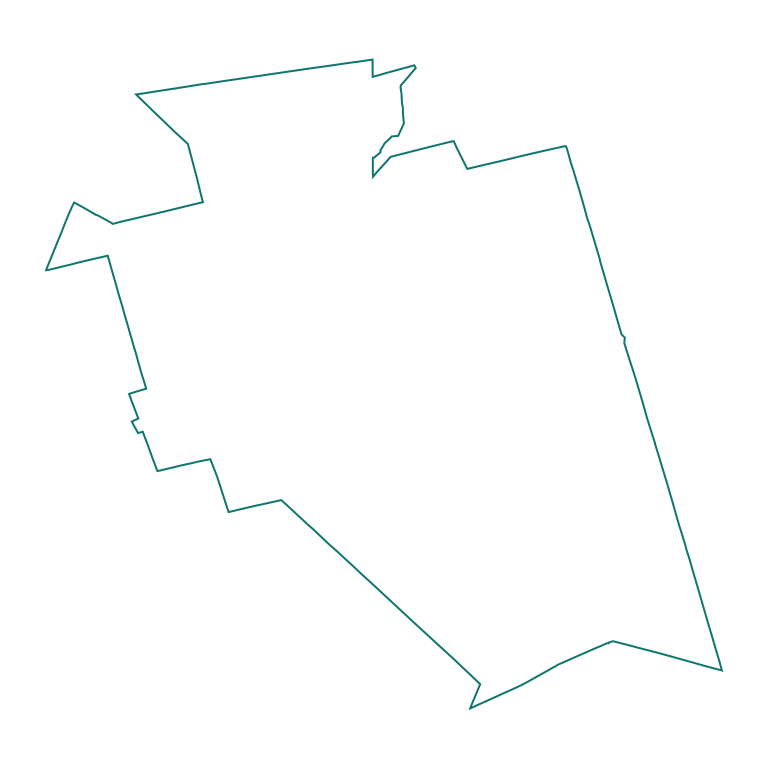 the district of Comlosu Mare, Timis, Romania
{"feature_id": "2599482B85434037080352", "entity_name": "Comlosu Mare", "entity_type": "district", "adm_level": 2, "iso_a3": "ROU", "parent_name": "Romania", "parent_adm1": "Timis", "projection": "equal_earth", "projection_center": [20.641, 45.886], "detail": "fine", "context": "isolated", "style": "outline", "palette": "teal", "viewbox_px": 768, "rotation_deg": 0, "n_neighbors": 0, "source": "geoboundaries", "source_scale": "gbopen_adm2", "svg_char_len": 3822}
<svg xmlns="http://www.w3.org/2000/svg" viewBox="0 0 768 768"><path d="M721.9,670.5L719.4,661.4L716.7,652.2L714.0,643.2L711.3,634.0L708.5,624.6L705.8,615.3L703.1,606.1L700.4,596.7L697.7,587.4L695.0,578.3L692.3,569.0L689.9,560.5L688.5,556.0L687.0,551.4L686.1,548.3L684.7,543.0L682.0,534.3L680.7,530.2L679.3,525.9L676.7,516.9L674.2,508.0L671.8,499.6L671.5,498.7L669.1,490.4L668.6,488.6L666.6,481.6L665.8,479.3L663.8,472.5L662.4,468.1L661.2,464.1L658.8,456.0L658.0,453.4L656.1,447.3L655.8,446.1L655.6,445.7L654.8,443.4L655.0,443.2L651.5,432.2L647.3,419.0L643.1,403.9L639.2,390.7L635.0,376.7L629.1,358.4L624.3,343.2L624.8,337.6L621.7,334.6L621.3,333.7L613.8,307.7L611.1,298.5L610.4,296.3L608.4,289.4L605.9,281.1L605.6,280.0L603.3,271.9L602.5,269.4L600.7,263.1L600.1,261.2L600.0,260.6L599.4,257.7L598.2,253.9L595.6,245.1L592.8,235.8L590.2,227.0L589.0,223.3L587.2,218.3L584.4,207.8L581.8,198.7L579.1,189.3L576.3,180.2L573.6,171.3L570.7,162.3L568.5,154.1L567.3,149.9L566.1,146.4L565.6,146.1L565.2,146.1L549.3,149.6L532.6,153.4L515.8,157.4L498.8,161.5L482.4,165.3L467.3,168.9L465.8,166.0L461.4,157.2L457.2,148.8L453.7,141.1L449.5,142.0L433.8,145.9L417.9,149.9L401.3,154.1L390.5,156.9L386.0,162.1L377.5,171.4L375.7,173.5L373.0,176.8L372.9,175.3L372.8,166.2L372.9,157.6L374.5,157.5L374.6,157.4L375.5,156.5L376.1,155.9L378.5,154.0L380.1,152.8L380.4,152.4L380.6,151.9L380.6,151.4L380.5,151.2L380.4,151.0L380.3,150.8L380.3,150.7L380.5,150.3L383.1,146.0L384.6,143.4L387.6,140.6L391.9,136.4L395.7,136.1L398.2,135.9L400.4,130.9L402.9,125.6L403.9,123.4L403.6,120.4L402.9,113.9L402.9,112.7L402.9,110.7L402.8,107.1L402.3,105.0L402.0,103.4L402.0,102.7L401.6,96.5L401.5,94.4L401.5,93.6L400.7,88.7L400.7,88.2L400.6,87.6L400.7,85.5L401.9,84.1L405.0,80.6L408.1,77.0L412.5,71.8L413.8,70.3L415.7,68.1L414.3,65.3L407.5,67.2L397.9,69.8L389.5,72.1L372.7,76.9L372.6,66.5L372.6,59.6L358.1,61.7L353.2,62.3L341.3,64.0L328.9,65.8L305.2,69.1L301.4,69.7L271.9,74.0L242.1,78.4L231.7,79.9L212.6,82.7L207.8,83.5L201.1,84.3L183.3,87.2L153.4,91.8L147.4,92.8L136.1,94.5L140.7,99.0L157.7,115.5L161.9,119.5L175.0,132.1L180.6,137.3L187.9,144.0L189.6,150.4L193.1,163.7L196.9,178.0L200.1,191.1L200.9,194.4L202.9,202.2L198.2,203.3L182.9,207.0L168.6,210.5L155.2,213.7L139.8,217.3L131.4,219.3L121.4,221.6L112.8,223.9L111.1,222.7L100.2,216.7L99.0,216.0L97.4,215.3L96.0,214.8L95.0,214.5L94.8,214.0L92.5,213.0L92.5,212.8L82.0,206.8L74.2,202.5L72.3,206.1L68.5,214.7L66.6,219.2L64.6,224.3L61.0,233.4L57.1,242.9L53.6,251.6L49.8,260.9L46.5,269.0L46.1,270.2L49.0,269.8L59.6,267.2L69.7,264.8L80.5,262.0L91.6,259.4L107.7,255.7L110.4,265.0L113.3,275.3L116.1,284.9L118.9,295.1L121.9,305.0L124.6,314.6L127.5,324.5L130.2,334.0L133.1,344.2L136.0,353.7L138.9,364.4L141.2,372.5L143.9,381.0L146.2,388.7L137.7,391.2L129.1,393.9L131.1,399.7L133.5,405.8L135.8,411.9L138.3,418.5L131.8,421.6L134.6,426.9L138.1,433.1L142.7,431.7L147.8,445.1L153.6,461.1L157.4,471.1L168.5,468.5L181.0,465.5L192.8,462.9L199.5,461.3L210.3,459.2L214.0,468.6L217.1,476.6L220.0,485.5L222.8,494.2L225.4,502.4L228.6,512.1L245.7,508.0L258.0,505.2L268.7,502.9L281.2,500.1L288.6,506.7L307.6,524.4L314.9,530.8L321.0,536.7L328.4,543.7L337.0,551.3L345.4,559.1L353.7,566.7L361.3,573.9L369.9,581.7L380.3,591.3L390.8,601.1L403.9,613.2L411.8,620.6L421.8,629.8L431.2,638.4L441.2,647.6L454.1,659.4L464.2,669.0L473.3,677.6L480.2,684.2L472.0,703.7L470.2,708.4L471.6,707.8L478.7,704.5L499.4,695.2L503.2,693.4L517.5,687.0L524.6,683.5L531.4,679.7L536.5,676.8L547.7,670.6L553.9,667.0L555.1,666.5L555.8,666.2L557.2,665.1L560.2,663.7L563.7,662.2L568.4,660.1L581.8,654.2L588.1,651.4L597.8,647.2L599.4,646.6L603.4,644.8L606.0,643.7L608.0,643.0L608.5,643.2L608.6,642.6L613.0,641.2L631.7,646.0L638.0,647.7L655.4,652.2L659.2,653.2L670.2,656.2L694.9,663.1L706.1,666.3L721.4,670.3L721.9,670.5Z" fill="none" stroke="#0f766e" stroke-width="2"/></svg>